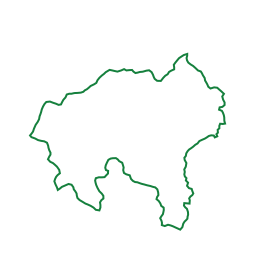 the district of Vargem Bonita, Minas Gerais, Brazil, rotated 106°
{"feature_id": "56859067B90088641523140", "entity_name": "Vargem Bonita", "entity_type": "district", "adm_level": 2, "iso_a3": "BRA", "parent_name": "Brazil", "parent_adm1": "Minas Gerais", "projection": "robinson", "projection_center": [-46.322, -20.439], "detail": "fine", "context": "isolated", "style": "outline", "palette": "green", "viewbox_px": 256, "rotation_deg": 106, "n_neighbors": 0, "source": "geoboundaries", "source_scale": "gbopen_adm2", "svg_char_len": 3399}
<svg xmlns="http://www.w3.org/2000/svg" viewBox="0 0 256 256"><g transform="rotate(106 128 128)"><path d="M206.9,178.4L204.9,176.7L202.8,175.3L201.1,173.2L199.6,171.4L198.2,169.7L198.1,166.6L200.0,164.2L201.9,163.2L203.4,161.2L205.1,159.4L207.0,158.6L209.2,157.3L210.6,154.7L211.6,150.9L212.4,148.1L212.6,145.8L213.1,142.5L214.0,139.2L215.5,136.4L215.1,132.8L212.1,132.6L209.6,133.3L207.2,134.4L204.7,133.7L202.6,132.2L200.0,133.0L198.3,135.1L196.7,138.1L194.0,140.8L191.6,142.8L189.7,144.0L187.6,145.1L185.1,145.1L183.4,142.4L182.7,139.7L181.7,137.0L179.3,135.8L177.3,134.7L174.7,135.3L174.5,137.6L172.5,138.9L170.0,139.1L167.1,138.7L164.0,138.1L162.2,136.3L161.2,134.2L160.3,131.3L161.0,129.2L162.3,127.3L163.0,124.0L165.1,122.6L167.2,121.3L169.8,121.0L172.3,119.5L173.0,116.9L173.0,113.3L176.1,111.1L177.5,108.7L178.0,106.3L177.6,104.0L177.8,101.7L177.9,99.3L177.8,96.8L177.8,93.9L177.6,90.5L177.7,88.0L177.6,85.4L178.9,82.9L181.5,81.3L184.1,80.3L186.3,81.0L188.5,81.0L189.7,78.3L191.6,76.1L193.7,74.6L194.7,71.8L196.9,71.0L199.2,70.8L201.3,70.7L203.4,71.5L205.8,72.2L208.0,70.2L209.8,69.2L212.0,68.7L212.1,65.6L210.0,62.9L209.9,60.2L210.1,57.7L210.6,54.5L211.3,49.8L208.3,48.4L204.7,48.5L202.3,47.8L200.5,46.7L198.8,45.9L196.8,46.3L194.8,46.3L192.2,47.2L189.4,49.1L188.5,51.1L187.2,52.8L184.7,53.2L184.2,50.7L183.7,48.0L180.4,48.7L178.8,49.8L176.7,49.1L174.8,47.7L172.9,47.2L171.0,48.7L169.0,50.0L169.0,52.8L167.3,55.3L164.0,55.2L162.5,57.9L160.1,58.0L158.9,60.0L157.0,61.1L154.6,61.3L152.3,62.5L149.3,61.8L145.6,62.2L143.1,64.7L141.1,65.6L138.9,64.7L136.3,65.0L133.8,64.3L131.8,63.3L130.2,61.9L128.0,60.2L125.6,58.7L123.7,56.9L120.9,55.8L118.9,53.5L117.1,51.3L115.5,49.8L113.4,48.1L112.1,46.0L111.6,43.4L113.1,42.0L111.4,39.9L109.6,41.3L107.7,40.3L105.0,41.3L103.1,40.1L100.8,40.8L98.5,40.6L98.0,38.0L97.0,35.9L94.5,37.4L91.3,38.4L89.3,39.4L87.1,41.0L85.6,42.5L85.3,45.5L82.9,45.6L81.7,43.1L79.3,41.5L76.8,42.2L74.5,44.4L71.7,46.1L68.7,45.2L66.9,48.7L65.7,51.3L64.7,53.3L65.2,56.4L67.3,59.6L66.2,62.2L64.2,63.8L62.6,65.4L61.1,67.0L58.8,68.1L56.7,70.5L54.9,72.1L53.6,73.6L53.4,76.6L51.7,79.8L50.4,82.5L49.6,85.4L48.5,88.1L46.7,89.9L44.6,91.0L42.3,91.0L40.5,91.5L42.5,94.5L44.9,96.6L46.8,98.2L49.3,99.3L52.1,100.5L54.6,101.4L57.0,100.3L58.9,99.8L60.8,102.1L62.8,104.0L65.4,104.7L67.5,106.6L70.0,107.9L73.7,109.4L74.6,113.0L73.4,115.9L71.6,117.5L70.0,118.6L67.8,120.7L66.7,123.6L67.8,126.1L69.8,129.3L70.9,132.1L72.1,134.0L73.1,136.0L72.3,138.3L71.1,140.1L72.0,142.7L73.1,145.4L72.5,148.0L74.6,150.5L76.7,153.7L76.9,156.7L77.0,159.0L77.2,161.7L78.9,163.3L80.5,164.8L82.6,166.0L84.9,167.7L87.6,169.3L90.5,170.5L93.4,170.9L95.5,172.8L97.9,175.5L99.9,176.7L102.1,178.2L103.7,179.9L105.5,180.9L107.0,183.1L108.2,186.2L109.2,189.2L110.6,191.7L111.3,194.0L112.7,196.1L115.8,196.5L118.7,197.9L121.4,198.5L123.8,198.9L124.9,201.1L124.5,204.0L124.4,206.9L124.1,210.3L125.5,213.7L128.0,214.9L130.8,215.6L133.9,216.0L136.6,215.9L139.0,216.0L141.1,216.2L144.0,215.9L147.1,216.5L150.3,217.6L154.6,218.2L157.6,218.3L159.6,219.0L162.2,220.1L163.4,218.3L163.7,214.3L164.4,211.2L164.3,208.0L163.9,204.8L164.5,201.8L167.0,199.9L168.9,199.0L171.0,197.6L173.1,195.7L175.0,195.2L177.1,195.8L180.1,196.3L181.9,193.5L182.4,190.5L183.4,188.3L184.7,185.7L187.2,182.6L190.3,181.0L192.7,182.7L194.7,183.6L196.9,184.0L199.5,184.1L202.1,182.2L204.7,179.9L206.9,178.4Z" fill="none" stroke="#15803d" stroke-width="2"/></g></svg>